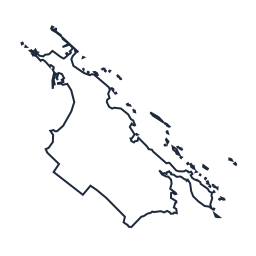 Akraneskaupstaður, Vesturland, Iceland (Mercator projection), rotated 92°
{"feature_id": "244011B30892314657027", "entity_name": "Akraneskaupstaður", "entity_type": "district", "adm_level": 2, "iso_a3": "ISL", "parent_name": "Iceland", "parent_adm1": "Vesturland", "projection": "mercator", "projection_center": [-22.054, 64.332], "detail": "fine", "context": "isolated", "style": "outline", "palette": "slate", "viewbox_px": 256, "rotation_deg": 92, "n_neighbors": 0, "source": "geoboundaries", "source_scale": "gbopen_adm2", "svg_char_len": 5805}
<svg xmlns="http://www.w3.org/2000/svg" viewBox="0 0 256 256"><g transform="rotate(92 128 128)"><path d="M200.8,77.1L199.5,77.2L196.4,82.6L191.5,82.7L190.9,81.2L192.6,78.9L192.2,77.5L191.1,78.1L187.3,83.7L182.1,82.5L178.1,83.2L175.2,86.1L175.3,87.8L173.2,92.4L169.2,95.3L172.5,91.4L171.8,89.9L172.6,87.9L171.0,87.8L169.9,85.4L170.8,85.1L171.2,83.5L172.8,83.3L173.0,80.8L175.1,77.7L174.7,74.1L175.0,73.0L177.3,69.7L177.4,68.4L178.8,67.4L177.7,66.4L181.2,64.0L189.1,62.6L194.1,60.4L198.9,55.1L203.3,48.6L203.7,44.4L205.4,41.8L201.6,43.1L195.2,41.4L192.4,42.3L189.9,41.7L188.5,44.6L186.0,46.2L181.4,53.3L179.6,53.9L177.6,57.0L178.0,57.2L176.8,60.4L175.4,62.3L173.0,63.7L171.7,62.0L169.5,63.4L170.2,65.0L170.1,66.1L169.4,66.3L168.3,68.6L169.3,70.3L169.5,72.4L169.5,76.0L168.8,78.3L161.7,85.1L161.3,85.9L161.9,88.4L150.5,102.3L148.9,103.3L148.4,106.6L145.7,108.4L137.4,117.3L140.5,118.1L141.0,120.6L142.2,121.6L140.9,124.2L138.4,125.0L138.4,123.9L134.2,121.2L126.9,126.2L123.5,124.5L125.0,122.7L125.3,121.5L124.9,121.0L120.2,123.2L119.3,125.2L114.4,128.3L108.8,135.7L108.2,142.3L109.1,144.5L107.5,147.6L102.8,150.1L100.4,149.7L98.8,147.5L94.4,149.0L90.7,147.5L88.0,148.5L76.0,163.6L75.4,166.0L76.6,167.9L74.6,173.9L67.8,184.7L61.3,187.0L58.1,185.8L54.8,182.9L51.9,183.8L53.6,181.1L53.3,180.9L39.5,197.1L41.3,196.3L45.9,190.1L49.4,196.3L46.7,189.3L49.6,186.3L51.2,186.6L53.5,188.8L54.5,187.7L55.6,188.4L56.8,190.2L55.3,191.6L55.7,192.4L57.7,191.0L60.3,193.8L60.8,194.8L59.2,198.0L53.6,206.1L57.1,209.6L57.7,213.5L59.4,215.2L58.8,219.1L56.9,221.1L58.4,223.1L63.9,217.6L63.1,217.1L62.9,215.4L64.1,213.3L69.3,208.3L68.1,208.3L67.9,207.1L69.8,204.4L71.6,204.5L72.0,205.4L75.1,203.7L83.1,205.2L91.5,204.6L87.4,204.2L86.9,202.8L82.5,204.0L76.0,202.2L77.0,200.3L80.6,201.2L82.6,199.9L80.5,200.7L75.4,199.4L76.3,196.0L80.4,193.6L82.6,196.6L82.1,194.5L84.3,194.2L85.6,199.6L86.3,199.5L86.0,196.6L87.1,194.6L86.0,190.2L92.4,186.0L104.0,182.6L113.5,185.3L128.1,192.9L133.7,198.8L133.8,200.7L132.7,202.2L133.5,205.5L137.6,202.6L144.6,202.6L150.6,206.6L152.0,209.5L155.5,207.8L166.4,195.7L174.6,200.8L196.3,170.8L187.0,163.5L190.9,157.3L198.5,147.4L216.8,128.0L222.5,129.1L225.1,124.8L226.6,123.9L226.8,121.1L216.2,111.6L215.5,109.2L213.0,105.7L211.7,101.8L210.7,100.9L211.1,99.2L210.0,92.3L211.1,89.0L209.5,86.0L210.9,83.2L212.1,82.4L212.0,79.8L210.9,78.9L211.4,76.3L207.3,76.9L205.8,79.4L201.0,78.1L200.8,77.1ZM111.6,106.3L114.8,103.5L121.4,92.4L116.1,97.8L111.6,106.3ZM145.0,82.8L148.1,82.1L149.8,79.6L152.1,78.5L153.2,75.6L147.5,78.8L145.0,82.8ZM32.6,207.5L34.8,203.3L38.7,197.9L37.5,198.4L31.6,207.0L31.6,208.0L32.6,207.5ZM164.1,51.6L166.2,48.4L166.6,47.1L165.8,46.7L162.6,51.4L164.1,51.6ZM210.5,38.5L213.5,37.3L214.0,35.3L213.9,33.7L210.5,38.5ZM141.9,88.0L140.1,87.1L137.7,89.3L138.3,89.6L141.9,88.0ZM57.6,225.5L58.8,223.7L58.0,223.3L55.9,225.8L56.6,226.8L58.3,225.7L57.6,225.5ZM73.3,163.8L76.1,160.6L76.0,160.1L74.2,161.0L73.1,163.0L73.3,163.8ZM156.1,25.7L156.9,22.9L155.6,23.6L155.0,25.6L156.1,25.7ZM195.8,31.5L196.3,30.2L196.1,29.2L195.3,29.6L194.4,32.1L195.8,31.5ZM91.5,144.0L89.7,144.0L88.7,145.5L88.9,146.1L91.5,144.0ZM124.3,89.1L125.3,87.1L125.1,86.6L123.1,88.9L124.3,89.1ZM77.2,139.7L77.7,137.8L75.8,140.2L76.0,140.4L77.2,139.7ZM160.0,20.6L161.0,18.9L160.4,18.7L159.1,19.6L160.0,20.6ZM131.5,88.9L132.0,87.8L129.9,88.5L130.1,89.2L131.5,88.9ZM72.8,170.6L74.7,169.4L73.6,169.2L72.8,170.6ZM48.0,237.0L47.4,235.9L46.4,236.4L46.8,237.3L48.0,237.0ZM162.1,67.2L161.6,66.2L160.8,66.8L161.4,67.6L162.1,67.2ZM54.7,228.1L54.4,227.1L53.7,227.4L54.2,228.7L54.7,228.1ZM156.2,73.9L155.4,73.2L155.0,74.3L155.5,74.6L156.2,73.9ZM196.5,33.8L195.9,33.0L195.5,34.1L196.0,34.4L196.5,33.8ZM172.4,54.6L172.9,53.3L171.9,54.3L172.4,54.6ZM70.0,175.4L71.3,174.4L70.7,174.3L70.0,175.4ZM32.6,203.4L31.4,203.3L31.3,204.1L31.8,204.2L32.6,203.4ZM184.9,37.2L185.5,36.5L184.5,36.5L184.9,37.2ZM134.6,118.9L134.3,118.2L133.6,119.4L133.9,119.7L134.6,118.9ZM50.5,233.4L50.5,232.3L49.7,233.2L50.5,233.4ZM94.1,141.8L93.8,140.9L93.1,141.3L93.6,142.2L94.1,141.8ZM104.7,129.4L104.5,128.5L103.8,128.9L104.3,129.8L104.7,129.4ZM182.7,41.1L182.7,40.3L181.9,40.6L181.9,41.2L182.7,41.1ZM30.2,207.1L29.7,206.5L29.2,207.4L29.7,207.7L30.2,207.1ZM180.8,46.6L181.1,45.6L180.2,45.8L180.8,46.6ZM109.0,123.7L110.1,123.0L110.3,122.6L109.0,123.7ZM70.4,155.5L70.0,154.7L69.5,154.9L70.0,155.9L70.4,155.5ZM176.4,48.9L175.5,48.3L175.2,48.9L175.9,49.3L176.4,48.9ZM162.8,63.9L162.5,63.2L161.8,63.8L162.3,64.3L162.8,63.9ZM122.8,90.6L122.5,90.0L121.9,91.1L122.3,91.3L122.8,90.6ZM179.4,46.9L179.2,46.2L178.5,46.5L178.9,47.2L179.4,46.9ZM111.6,122.4L111.9,121.5L111.0,121.7L111.6,122.4ZM72.2,152.4L71.6,152.1L71.1,152.7L71.9,153.0L72.2,152.4ZM189.2,40.0L188.9,39.4L188.2,39.9L188.9,40.4L189.2,40.0ZM164.3,61.6L164.7,60.8L163.9,61.0L164.3,61.6ZM206.5,39.3L205.7,39.0L205.5,39.8L205.9,40.0L206.5,39.3ZM55.8,223.1L55.5,222.5L54.8,222.8L55.2,223.5L55.8,223.1ZM165.6,61.7L166.2,60.6L165.2,61.2L165.6,61.7ZM144.1,90.7L144.0,89.5L143.3,90.1L143.7,90.8L144.1,90.7ZM55.4,226.3L54.7,225.6L54.4,225.9L54.6,226.4L55.4,226.3ZM183.9,43.8L183.3,43.6L182.8,44.1L183.5,44.6L183.9,43.8ZM164.7,63.3L165.2,62.6L164.3,62.7L164.7,63.3ZM72.3,148.4L71.5,147.8L71.3,148.4L71.9,148.8L72.3,148.4ZM146.7,75.8L146.3,75.0L146.1,75.7L146.4,76.0L146.7,75.8ZM145.7,77.3L145.4,76.8L145.0,77.2L145.2,77.8L145.7,77.3ZM56.0,221.6L55.5,220.9L55.3,221.6L55.6,222.0L56.0,221.6ZM184.1,39.1L184.3,38.1L183.6,38.5L184.1,39.1ZM53.4,223.7L53.7,222.9L52.9,223.3L53.4,223.7ZM59.4,175.6L58.9,174.6L58.6,175.4L59.4,175.6ZM147.8,74.0L147.6,73.4L147.0,73.8L147.3,74.4L147.8,74.0ZM105.4,127.6L105.5,126.6L105.0,126.9L105.4,127.6ZM70.0,154.3L70.4,153.4L69.7,153.5L70.0,154.3ZM169.6,58.7L169.4,57.9L169.0,58.4L169.6,58.7ZM79.4,137.3L79.2,136.7L78.7,137.0L79.0,137.6L79.4,137.3Z" fill="none" stroke="#1e293b" stroke-width="2"/></g></svg>